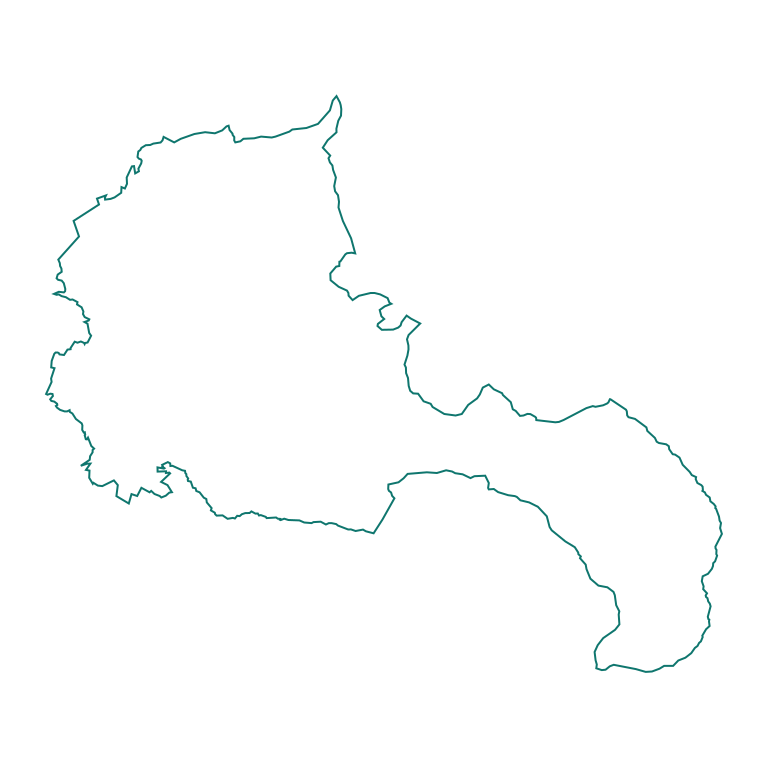 Deda, Mures, Romania
{"feature_id": "2599482B19753328402783", "entity_name": "Deda", "entity_type": "district", "adm_level": 2, "iso_a3": "ROU", "parent_name": "Romania", "parent_adm1": "Mures", "projection": "equal_earth", "projection_center": [24.914, 46.951], "detail": "fine", "context": "isolated", "style": "outline", "palette": "teal", "viewbox_px": 768, "rotation_deg": 0, "n_neighbors": 0, "source": "geoboundaries", "source_scale": "gbopen_adm2", "svg_char_len": 6024}
<svg xmlns="http://www.w3.org/2000/svg" viewBox="0 0 768 768"><path d="M605.6,669.7L609.8,666.3L613.7,664.8L635.9,669.1L645.7,671.9L652.0,671.5L659.5,668.7L664.1,665.9L673.1,665.9L678.3,660.5L685.4,657.7L691.3,653.1L694.9,647.9L697.5,646.0L699.1,642.9L700.9,641.4L702.7,637.0L702.3,635.7L706.1,629.2L709.6,626.0L709.0,621.5L709.3,619.6L708.4,619.1L707.8,616.8L710.6,606.3L709.8,603.6L708.2,601.4L707.5,598.2L706.0,596.9L705.7,595.4L707.0,593.3L703.2,589.2L703.6,586.3L701.8,581.2L702.7,576.3L708.0,573.8L711.9,568.8L713.0,566.0L713.2,563.2L715.1,561.3L717.1,555.6L716.3,554.1L716.5,549.9L715.6,548.5L715.4,546.6L721.9,533.9L720.1,528.1L721.0,523.0L719.6,520.6L719.0,516.6L716.1,508.8L715.3,508.1L715.6,506.4L713.8,504.0L710.4,501.3L709.7,497.5L706.0,494.8L704.9,492.4L702.4,490.9L702.9,490.0L702.6,486.6L701.3,485.1L697.4,483.0L695.7,479.1L696.1,477.1L691.8,475.1L689.7,471.9L682.7,464.8L679.5,457.6L675.1,454.6L672.7,454.2L669.2,449.2L668.8,446.2L666.2,444.3L658.9,443.0L656.7,441.7L654.9,437.9L647.3,430.9L646.4,427.4L635.0,418.9L628.5,417.2L627.2,415.4L626.8,411.3L626.0,409.7L610.5,399.3L609.9,399.2L608.4,402.4L607.1,403.5L603.1,405.3L595.5,406.8L592.8,406.1L586.4,408.1L563.6,420.0L559.0,421.9L555.4,422.3L536.3,420.1L536.1,417.8L535.3,416.9L530.4,414.1L527.4,413.9L523.5,415.5L520.0,415.9L515.7,410.9L512.8,409.3L510.8,402.2L502.9,395.0L502.1,393.2L493.8,389.3L488.8,384.5L482.8,387.6L479.8,394.5L477.1,398.4L468.2,404.9L461.8,414.0L455.6,415.5L444.3,414.0L432.6,407.0L430.7,403.8L423.6,401.3L418.1,393.7L413.2,393.4L410.2,390.8L408.7,385.9L408.0,378.0L406.1,373.1L405.9,367.5L404.5,364.6L407.4,355.6L408.5,349.4L408.4,345.4L407.0,339.3L408.6,335.0L420.2,323.5L410.9,318.6L406.6,315.6L401.6,322.2L400.6,325.5L398.2,327.6L393.1,329.6L381.8,329.8L377.5,326.0L377.9,323.9L384.2,319.0L381.4,316.3L379.7,310.0L384.7,306.4L391.3,303.8L389.4,302.6L387.6,298.1L380.2,294.4L374.6,293.0L370.6,293.0L358.9,295.8L352.6,300.1L348.6,295.7L348.4,293.0L347.0,290.6L338.7,286.8L330.6,280.2L330.3,273.5L336.2,266.6L339.3,266.0L339.4,261.7L340.4,261.4L345.3,254.4L347.0,253.2L351.6,252.7L355.2,253.4L351.1,238.3L342.9,221.0L338.5,207.5L339.0,201.8L338.0,195.2L335.1,191.3L334.2,186.1L335.9,177.5L333.1,169.9L332.4,165.5L329.9,162.4L328.5,158.2L330.2,155.6L322.8,147.7L327.7,140.2L336.5,132.3L336.4,128.7L338.3,120.7L341.0,115.7L341.3,109.1L340.7,105.2L339.9,102.4L336.5,96.1L332.8,100.5L329.9,110.4L318.0,123.9L306.4,128.0L292.3,129.5L289.4,131.6L275.5,136.6L271.7,137.5L261.1,136.6L254.2,138.3L243.4,138.8L240.4,141.3L235.3,142.4L234.2,140.4L234.3,137.1L232.6,134.8L232.5,133.6L229.6,130.1L228.6,125.7L226.5,126.4L222.2,130.4L214.9,133.3L205.1,132.2L194.4,134.0L180.8,138.8L174.2,142.4L163.6,136.9L162.5,140.4L160.6,142.5L153.3,143.6L150.2,145.0L145.8,145.2L141.4,147.9L140.3,150.0L138.3,151.5L137.5,157.0L138.8,158.6L141.0,159.5L141.7,160.8L141.2,163.4L138.4,168.7L138.9,171.3L135.2,173.4L134.0,166.1L131.9,166.4L126.7,177.5L127.0,183.8L124.9,188.5L121.5,187.1L121.2,192.8L114.6,197.4L110.6,198.9L105.1,199.6L104.9,197.7L106.0,195.4L97.0,198.6L99.0,204.5L73.6,220.9L79.0,236.5L58.3,259.6L59.8,263.1L60.1,266.0L61.4,268.5L61.7,271.8L57.7,274.6L56.6,278.3L58.1,279.8L61.7,280.6L63.8,283.2L65.3,289.0L65.1,291.2L63.9,292.4L58.8,291.8L54.0,293.9L56.6,294.8L58.8,294.4L61.5,296.1L65.9,297.2L70.0,299.8L72.6,299.5L77.5,302.1L77.0,304.4L81.6,307.3L83.4,311.5L83.0,314.1L84.7,317.1L89.3,319.3L88.7,320.5L84.5,322.0L87.5,323.7L89.2,333.0L91.1,335.7L87.6,342.5L85.0,343.0L84.6,344.0L84.0,342.9L80.9,341.5L77.5,342.7L74.7,341.7L70.6,348.0L70.6,349.2L67.5,349.6L64.0,355.0L59.5,354.4L58.7,353.0L57.5,352.5L55.6,352.5L54.3,353.8L51.7,360.9L51.2,367.4L54.5,368.2L51.1,378.6L51.6,381.9L46.1,394.0L47.5,394.7L50.3,393.7L52.5,394.0L52.9,396.0L50.2,399.3L51.3,400.9L54.3,401.6L57.1,403.8L57.3,405.0L55.9,406.0L57.0,407.6L60.1,409.9L64.6,411.4L67.1,411.4L69.6,410.2L69.8,411.9L72.4,413.5L75.9,419.0L81.7,423.4L82.4,425.4L82.2,429.9L83.8,432.6L84.8,432.3L85.2,434.7L84.7,435.2L85.8,439.2L86.9,439.4L88.0,437.6L91.3,446.0L94.1,448.6L92.6,450.0L92.6,452.3L90.1,456.2L89.7,459.8L80.8,465.8L87.1,463.7L90.4,463.6L86.0,469.9L89.5,470.6L89.2,477.8L92.8,483.8L93.4,482.8L97.9,485.6L102.3,486.1L113.9,480.4L117.8,485.1L116.4,496.1L128.8,503.5L131.5,494.1L137.2,496.0L141.4,487.8L149.6,492.3L151.2,490.9L154.5,494.0L159.7,496.0L161.3,497.5L165.8,495.7L169.3,492.6L171.9,492.2L167.5,485.1L161.1,481.9L170.1,473.4L169.3,472.6L165.9,473.0L166.0,471.3L157.6,471.6L157.5,467.4L163.9,468.6L164.5,468.2L162.6,466.8L163.0,466.6L162.1,464.9L167.8,462.1L170.2,463.4L170.4,466.0L172.5,465.8L182.3,470.3L185.0,470.8L185.4,473.2L186.3,474.1L186.4,476.0L188.2,478.5L187.7,479.6L188.0,481.0L190.8,481.6L192.9,487.7L195.6,488.3L196.3,491.0L199.6,492.3L203.8,497.7L206.3,499.0L206.8,502.4L211.6,508.1L210.9,510.4L214.8,512.7L215.1,514.1L216.6,515.6L222.6,515.4L227.6,518.8L232.9,517.9L234.9,518.5L237.2,515.8L239.7,516.1L241.9,514.2L245.2,513.1L249.6,513.0L251.4,511.4L255.4,513.6L257.8,513.5L259.0,515.5L260.8,515.1L265.8,516.9L266.6,518.1L276.1,517.5L277.8,518.7L280.2,518.9L279.9,519.8L280.6,520.1L284.2,518.7L288.4,520.0L299.4,520.4L304.2,522.5L311.6,523.1L313.5,522.1L320.7,521.7L325.9,524.5L328.9,523.1L331.5,523.1L336.2,524.1L338.0,525.6L348.2,529.5L350.9,529.4L355.6,531.0L363.0,529.6L365.9,531.3L373.6,533.3L382.5,519.5L394.4,498.3L392.1,495.8L391.1,492.5L388.9,490.8L388.2,489.0L388.4,484.5L398.5,482.3L403.6,478.3L407.6,473.9L426.8,472.3L436.9,473.0L446.1,470.3L452.1,471.5L455.2,473.2L462.6,474.3L470.5,478.1L474.4,476.2L485.2,475.7L488.8,483.0L488.1,487.9L488.8,489.4L493.8,489.0L498.1,492.1L508.2,495.2L514.8,496.1L516.8,496.9L520.4,500.3L529.1,502.4L537.9,506.8L546.8,516.3L549.6,527.0L551.7,530.3L565.3,541.4L574.8,547.2L578.2,552.5L578.4,554.2L580.8,556.4L580.0,558.2L585.7,564.6L586.5,569.1L590.4,578.7L598.4,585.6L607.4,587.3L613.5,591.9L614.8,595.2L616.2,605.2L619.3,611.3L618.7,614.5L619.4,624.4L615.1,629.8L603.2,638.1L597.7,645.2L594.6,652.0L595.6,660.3L596.8,664.5L596.3,668.3L601.8,670.1L605.6,669.7Z" fill="none" stroke="#0f766e" stroke-width="2"/></svg>